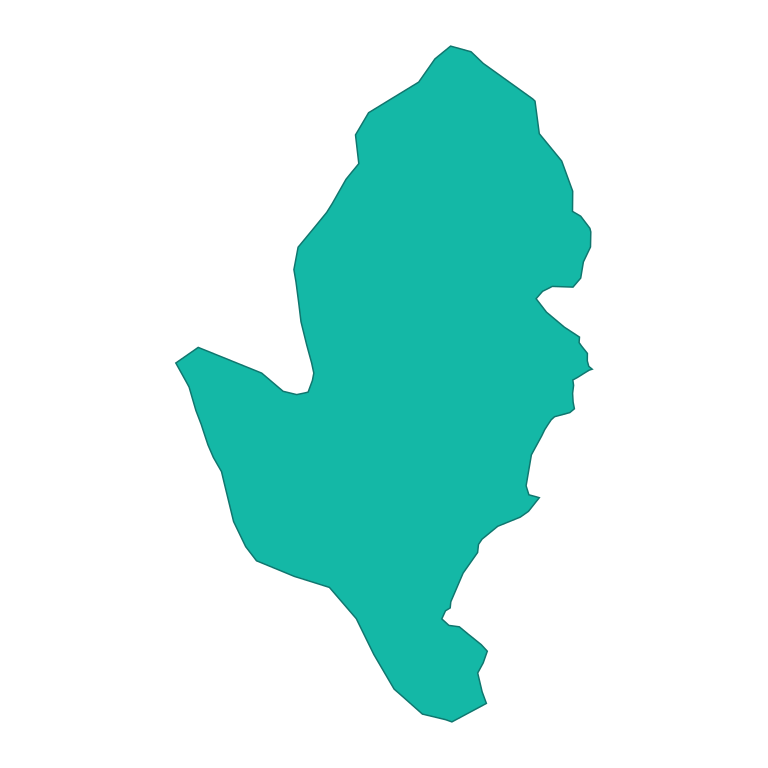 Ogbadibo, Benue, Nigeria
{"feature_id": "59680162B26648923761656", "entity_name": "Ogbadibo", "entity_type": "district", "adm_level": 2, "iso_a3": "NGA", "parent_name": "Nigeria", "parent_adm1": "Benue", "projection": "natural_earth1", "projection_center": [7.68, 7.022], "detail": "fine", "context": "isolated", "style": "filled", "palette": "teal", "viewbox_px": 768, "rotation_deg": 0, "n_neighbors": 0, "source": "geoboundaries", "source_scale": "gbopen_adm2", "svg_char_len": 1578}
<svg xmlns="http://www.w3.org/2000/svg" viewBox="0 0 768 768"><path d="M445.7,719.7L451.9,721.9L486.4,703.4L482.1,691.7L477.7,673.0L483.2,662.9L487.3,651.2L481.3,644.7L468.0,634.0L459.3,626.8L448.9,625.4L441.8,618.9L445.5,610.8L450.2,607.9L450.8,601.8L463.1,573.1L477.6,552.5L478.5,544.4L482.1,539.1L497.7,526.3L520.3,517.1L528.5,511.3L539.3,497.7L535.9,496.7L528.9,494.8L526.1,485.8L531.4,454.8L541.6,436.1L544.7,429.7L547.9,424.7L551.2,419.8L554.6,416.7L569.8,412.6L574.4,408.8L573.1,402.0L572.6,393.3L573.6,385.3L572.8,380.0L577.9,377.2L582.8,374.1L589.1,370.2L592.2,369.2L588.8,366.4L587.3,360.9L587.4,353.4L581.5,346.0L579.1,342.6L579.5,337.1L564.4,327.2L546.5,312.2L536.1,298.7L542.6,291.3L552.3,286.4L573.0,287.1L580.7,278.1L583.4,261.9L590.5,247.0L590.8,231.9L589.9,228.3L580.7,216.2L572.5,211.4L572.7,191.2L561.7,161.0L539.3,133.7L535.0,101.1L532.8,99.0L483.2,63.4L471.1,51.8L450.6,46.1L435.0,58.8L418.7,82.1L368.6,112.7L355.5,134.9L358.8,163.6L356.7,166.2L351.8,172.1L346.0,179.3L332.4,203.3L326.7,212.4L319.6,221.1L313.8,228.2L298.1,247.2L293.9,269.6L296.0,282.0L298.8,303.5L301.0,321.8L306.7,344.9L311.7,363.2L313.8,373.1L312.4,380.5L308.1,392.1L304.9,392.9L296.7,394.6L283.1,391.3L261.7,373.1L198.2,347.4L175.8,363.0L186.3,381.9L189.1,387.1L195.9,410.5L201.3,424.6L203.2,430.5L206.2,439.6L208.0,445.0L213.4,457.5L218.1,465.7L221.5,471.6L223.9,481.7L233.6,521.6L245.7,546.7L256.5,560.8L288.3,573.9L294.3,576.4L329.4,587.4L356.3,618.7L360.7,627.7L373.9,654.6L394.1,689.1L400.4,694.6L422.4,714.1L445.7,719.7Z" fill="#14b8a6" stroke="#0f766e" stroke-width="1.5"/></svg>